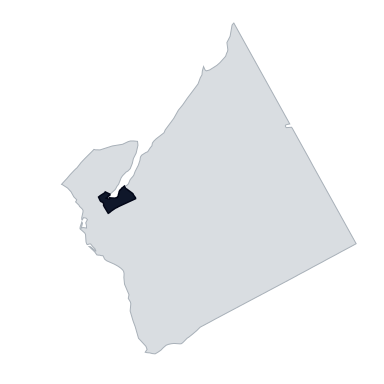 Egypt, with As Suways highlighted, rotated 241°
{"feature_id": "EGY-1536", "entity_name": "As Suways", "entity_type": "Governorate", "adm_level": 1, "iso_a3": "EGY", "parent_name": "Egypt", "parent_adm1": "", "projection": "robinson", "projection_center": [32.482, 29.608], "detail": "fine", "context": "in_parent", "style": "filled", "palette": "ink", "viewbox_px": 384, "rotation_deg": 241, "n_neighbors": 0, "source": "natural_earth", "source_scale": "10m", "svg_char_len": 4382}
<svg xmlns="http://www.w3.org/2000/svg" viewBox="0 0 384 384"><g transform="rotate(241 192 192)"><path d="M319.5,310.5L312.5,310.5L305.5,310.5L298.6,310.5L291.6,310.5L284.7,310.5L277.7,310.5L270.7,310.5L263.8,310.5L256.8,310.5L249.9,310.5L242.9,310.5L235.9,310.5L229.0,310.5L222.0,310.5L215.0,310.5L208.1,310.5L204.1,310.5L204.8,308.4L205.2,306.8L204.7,305.7L203.4,305.5L202.5,305.8L200.4,310.4L199.3,310.6L196.9,310.6L188.8,310.6L180.6,310.6L172.5,310.6L164.4,310.6L156.3,310.5L148.2,310.5L140.1,310.5L132.0,310.5L123.9,310.5L115.8,310.5L107.7,310.5L99.6,310.5L91.5,310.5L83.4,310.5L75.3,310.5L67.2,310.5L67.2,305.0L67.3,299.5L67.4,294.0L67.4,288.5L67.5,283.0L67.6,277.5L67.6,271.9L67.7,266.4L67.8,260.9L67.8,255.4L67.9,249.9L68.0,244.4L68.0,238.9L68.1,233.4L68.2,227.9L68.3,222.3L68.4,216.8L68.5,211.3L68.6,205.8L68.7,200.3L68.8,194.8L68.9,189.3L69.0,183.8L69.1,178.2L69.2,172.7L69.3,167.2L69.4,161.7L69.5,156.2L69.6,150.7L69.6,145.2L69.7,139.7L69.8,134.1L69.7,133.1L68.6,129.4L67.6,124.6L66.6,118.8L66.5,116.9L64.7,110.8L64.5,109.1L65.0,107.9L68.3,102.8L69.3,100.4L70.2,97.4L70.5,95.0L69.7,91.3L68.7,88.0L68.4,84.6L68.3,81.3L69.9,79.0L71.9,76.9L72.7,75.6L73.8,74.1L74.6,73.4L76.1,76.4L79.4,76.9L90.0,74.3L101.6,77.0L108.0,78.0L117.9,80.2L123.9,84.3L125.6,84.8L129.9,84.7L132.7,87.1L144.1,88.3L150.1,90.9L153.5,93.0L155.6,93.7L157.4,93.6L159.9,92.8L163.0,91.3L166.4,89.2L173.4,83.9L175.9,83.0L177.5,83.2L179.5,83.2L180.4,81.7L181.4,80.8L182.1,79.6L183.1,78.3L186.8,77.9L194.1,75.6L193.3,76.7L186.6,79.3L189.4,79.6L192.4,78.7L195.7,78.2L196.3,77.1L196.7,75.0L197.4,74.7L199.7,75.1L206.5,78.3L208.2,78.3L213.0,76.6L214.1,76.2L215.6,77.2L219.2,81.1L217.9,81.1L214.1,77.7L213.8,79.4L211.6,82.3L214.3,83.6L216.5,84.1L217.7,85.8L218.5,87.2L220.6,86.6L222.2,84.6L221.4,83.5L220.8,82.3L221.5,82.3L223.1,83.2L227.4,87.0L228.9,87.8L230.5,87.7L234.1,86.6L235.0,86.8L239.8,85.4L240.3,86.4L241.1,87.4L244.9,86.3L250.9,86.3L255.8,85.1L261.4,82.1L261.9,81.6L262.2,82.3L262.9,84.4L264.6,89.6L266.2,93.7L268.0,99.4L268.6,101.6L268.9,103.1L271.6,109.4L273.2,114.5L274.4,118.7L276.1,124.8L276.8,126.9L275.7,128.0L273.4,132.0L270.9,144.6L267.4,154.4L267.0,160.5L266.5,162.8L264.8,165.9L262.7,168.9L259.1,167.4L253.1,162.0L249.6,156.9L245.9,153.6L242.3,149.2L241.4,146.1L241.4,144.1L239.9,139.1L238.7,136.8L234.4,131.6L233.2,128.8L232.3,127.6L231.3,125.8L229.8,119.0L228.1,114.7L226.1,115.9L226.5,117.7L224.8,120.2L223.8,123.1L224.6,125.5L228.1,129.1L228.8,130.7L229.6,134.1L229.5,138.8L230.0,140.4L232.7,143.8L233.6,145.9L234.2,147.7L235.0,149.3L237.6,152.3L241.4,158.0L245.0,161.9L247.5,163.8L248.6,165.7L248.9,170.5L248.7,172.8L251.0,177.1L251.8,179.3L254.0,181.1L255.0,183.2L255.9,186.5L257.4,196.3L259.3,198.7L265.2,211.7L270.2,219.8L272.6,225.9L276.3,233.4L283.6,249.7L287.9,254.7L289.6,257.5L292.8,259.7L296.1,262.9L292.9,262.6L292.1,262.7L291.0,263.3L290.5,265.2L290.2,266.8L290.7,275.0L291.6,279.2L294.4,287.2L296.6,289.6L297.6,291.1L299.0,292.3L305.8,295.0L309.7,300.8L318.6,308.0L319.4,310.0L319.5,310.5Z" fill="#d9dde1" stroke="#a8b0b8" stroke-width="1"/><path d="M229.9,119.2L229.3,118.6L228.9,118.4L229.0,118.1L229.2,117.9L229.3,117.8L229.3,117.2L229.1,116.7L228.2,115.8L228.4,115.7L228.5,115.6L228.4,115.5L228.3,115.3L228.5,115.2L228.4,115.2L228.2,115.0L228.1,114.9L228.0,114.7L228.3,114.5L228.3,114.3L228.3,114.1L228.3,113.8L228.2,113.8L227.9,114.4L227.9,114.6L228.0,114.8L228.1,115.0L228.2,115.5L228.0,115.2L227.8,115.0L227.6,115.0L227.3,115.1L227.0,115.0L226.6,115.3L226.2,115.7L226.0,116.1L226.0,116.6L226.1,117.0L226.4,117.2L226.9,117.3L226.5,117.6L224.8,120.2L224.7,120.4L224.5,120.6L223.9,121.7L223.8,122.1L223.7,123.1L223.6,123.5L223.3,123.9L223.3,124.1L223.5,124.3L223.8,124.6L224.0,124.9L224.1,125.5L224.4,125.7L225.4,126.4L225.7,126.7L226.7,127.8L227.3,128.2L227.9,128.8L228.4,129.6L228.6,130.0L228.7,130.6L228.9,131.4L229.2,132.2L229.5,132.6L229.5,132.8L229.4,133.2L230.0,135.7L228.0,135.7L227.6,135.7L226.7,136.0L226.1,136.4L219.7,139.3L219.3,139.4L219.0,139.5L217.3,139.4L214.4,139.8L213.5,139.4L214.9,120.5L214.8,119.4L215.0,117.2L214.5,112.2L214.0,109.8L214.0,108.4L221.5,108.1L223.3,108.2L223.9,108.7L224.2,108.8L224.5,108.9L225.6,109.1L225.9,109.1L226.0,109.0L226.6,108.7L227.5,107.9L228.3,107.6L229.0,107.5L232.9,107.8L233.3,110.1L233.6,115.1L233.8,115.6L233.9,116.0L234.1,116.2L229.9,119.2L229.9,119.2Z" fill="#0f172a" stroke="#020617" stroke-width="1.5"/></g></svg>